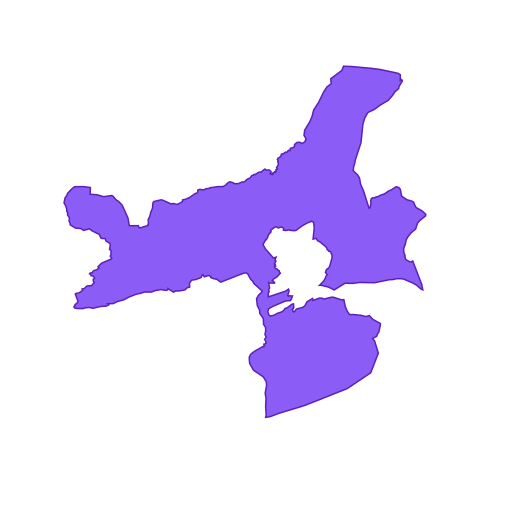 the district of Mbeya, Mbeya, United Republic of Tanzania, rotated 74°
{"feature_id": "72390352B82808491826054", "entity_name": "Mbeya", "entity_type": "district", "adm_level": 2, "iso_a3": "TZA", "parent_name": "United Republic of Tanzania", "parent_adm1": "Mbeya", "projection": "equal_earth", "projection_center": [33.409, -8.971], "detail": "fine", "context": "isolated", "style": "filled", "palette": "violet", "viewbox_px": 512, "rotation_deg": 74, "n_neighbors": 0, "source": "geoboundaries", "source_scale": "gbopen_adm2", "svg_char_len": 6141}
<svg xmlns="http://www.w3.org/2000/svg" viewBox="0 0 512 512"><g transform="rotate(74 256 256)"><path d="M191.6,134.4L175.9,123.8L158.5,116.8L153.6,113.6L149.6,109.7L148.8,108.5L147.8,102.0L145.3,95.3L142.8,85.9L139.4,80.7L136.5,77.2L134.4,72.7L132.6,71.9L128.1,67.0L126.5,67.4L127.0,68.9L121.6,67.3L119.7,68.9L118.1,71.7L110.9,85.3L107.4,93.4L100.0,112.4L97.7,119.6L101.3,122.4L106.2,135.3L111.1,136.2L113.0,141.2L116.5,145.3L125.8,153.7L131.5,160.3L137.2,163.6L141.6,167.1L148.4,174.5L153.3,176.6L157.6,175.5L158.2,176.6L159.7,177.3L160.5,181.1L158.8,182.4L158.2,184.5L158.3,185.7L159.4,188.2L161.6,189.0L162.0,190.4L162.0,193.4L164.0,194.1L163.4,195.2L163.5,196.1L164.8,197.1L164.3,198.7L164.6,200.3L165.4,201.3L165.0,202.8L165.2,203.7L166.7,204.3L167.7,206.1L167.8,207.5L169.1,208.9L170.2,208.5L171.5,209.2L171.8,208.8L174.5,209.4L176.8,212.0L178.3,211.4L178.7,213.2L180.4,213.6L180.9,214.2L180.1,215.0L180.7,215.8L181.0,217.4L182.2,217.2L182.3,218.0L180.7,219.9L179.9,218.5L178.8,218.3L176.9,219.6L176.2,222.6L175.2,223.0L174.9,223.8L176.6,227.7L176.3,230.6L177.4,234.2L177.5,235.0L177.0,235.3L177.6,236.6L177.5,237.9L179.2,239.9L180.0,244.1L181.6,246.6L181.0,249.2L181.6,253.0L181.3,254.1L180.4,257.1L179.5,257.5L177.5,260.4L177.6,261.9L178.6,264.4L179.1,264.5L180.2,268.5L178.8,273.4L177.7,281.6L178.0,283.1L177.5,285.7L178.0,287.5L177.8,288.8L176.4,291.8L176.6,293.8L178.4,294.4L179.2,295.2L179.2,297.3L181.6,304.2L181.6,306.0L182.1,307.2L181.8,311.1L183.4,311.6L184.7,316.8L184.4,318.2L182.8,320.9L182.4,323.4L176.3,330.7L175.8,332.0L175.5,339.3L176.6,340.5L181.5,342.3L185.2,345.3L188.4,347.0L191.4,349.7L195.5,350.5L195.8,351.2L196.9,351.5L197.0,359.0L196.6,360.6L194.4,360.7L192.0,369.4L184.1,368.6L170.3,370.6L165.5,373.1L163.3,375.1L159.2,376.9L158.1,377.9L157.0,386.0L153.3,391.9L150.9,398.4L144.5,396.3L141.7,402.8L139.4,411.2L140.7,414.5L143.9,420.0L145.4,420.9L147.6,423.6L152.0,425.9L155.5,425.1L159.1,425.1L161.0,425.6L162.3,425.0L164.5,425.9L167.9,424.8L170.8,426.1L172.9,425.7L174.9,426.0L179.4,421.9L181.3,416.9L183.9,414.6L184.0,408.5L186.6,406.7L191.9,400.8L196.1,400.0L196.8,399.1L197.6,396.2L200.2,396.1L203.5,393.1L205.2,393.0L209.4,395.0L210.4,393.9L211.2,393.9L215.2,395.2L215.9,396.2L218.5,395.3L219.1,396.7L220.3,406.4L222.8,410.9L224.4,410.3L225.3,413.1L225.3,415.5L225.9,417.1L226.9,417.8L226.7,420.3L227.2,420.9L228.1,420.1L229.5,419.9L230.6,417.9L232.7,417.3L233.1,417.4L233.4,418.8L235.2,419.3L236.9,419.0L239.1,422.2L238.2,426.8L240.0,430.2L239.7,432.2L241.2,432.2L242.0,434.2L242.7,436.8L242.3,439.1L242.7,440.2L250.6,439.6L252.0,441.1L252.8,443.4L253.7,443.6L254.5,445.0L255.9,444.8L257.1,442.7L258.9,436.8L258.7,434.4L259.6,430.2L261.3,427.3L261.7,419.4L262.9,413.8L262.4,411.0L261.0,411.7L262.4,406.5L261.6,401.7L261.7,395.2L260.5,389.6L259.7,381.9L260.1,376.9L259.9,373.1L261.8,366.5L261.5,362.4L262.1,356.5L264.3,351.9L264.2,350.1L263.0,349.6L268.0,345.3L267.5,342.7L268.4,339.8L269.0,333.5L267.6,331.0L267.6,328.3L263.7,327.4L261.5,324.5L262.0,320.6L261.7,315.6L261.5,314.6L259.4,313.0L259.5,312.2L261.8,311.4L261.6,307.2L263.1,305.2L264.2,305.4L265.9,303.4L267.6,300.1L271.4,297.1L269.1,272.6L269.4,270.6L270.0,269.5L271.3,268.8L277.1,267.5L279.4,266.1L281.5,265.8L291.3,259.8L292.5,260.7L294.4,264.4L297.1,267.2L304.0,268.4L309.0,267.5L312.4,268.2L318.2,266.2L323.7,267.6L327.3,266.5L330.6,267.3L333.8,269.0L336.8,268.6L338.5,270.7L340.3,270.2L342.4,270.4L343.0,270.9L342.9,272.8L345.0,272.9L345.3,273.7L344.9,274.3L347.0,283.1L348.8,287.9L351.2,290.3L353.7,291.0L357.5,291.7L365.1,289.9L374.2,282.3L379.6,280.8L383.3,281.5L390.4,285.0L395.6,285.6L403.2,288.2L411.5,290.0L413.8,291.2L414.3,286.4L413.5,276.6L413.1,250.3L408.6,204.9L399.9,177.9L383.1,165.2L370.3,165.4L367.4,166.6L366.5,162.2L364.4,160.7L363.0,158.9L356.3,155.3L355.2,155.1L349.0,161.2L344.5,163.5L344.5,167.1L342.2,170.9L338.9,179.0L338.5,181.1L337.7,182.4L334.4,183.5L329.0,184.1L322.1,183.6L321.6,186.1L317.0,192.9L316.4,194.6L316.1,202.7L315.0,203.7L313.9,206.5L314.5,213.5L312.4,213.3L314.0,219.5L317.4,222.8L317.9,224.2L318.3,225.5L318.1,231.0L318.5,232.3L320.1,234.4L319.9,235.5L317.3,235.8L316.9,234.6L315.8,233.8L312.3,233.1L312.3,235.0L314.4,240.3L314.5,242.7L315.9,244.3L316.8,246.5L317.0,251.3L317.9,255.1L317.6,258.7L316.5,259.8L312.9,260.0L310.3,258.5L309.1,254.0L307.4,240.3L308.3,235.2L307.2,233.9L304.5,232.0L303.4,234.8L303.8,235.4L302.8,236.4L298.6,233.8L296.8,233.9L297.9,237.0L298.7,255.4L295.2,254.4L293.6,253.1L291.6,253.1L290.6,251.8L285.0,251.2L285.7,250.3L287.2,245.7L286.4,245.5L286.5,246.4L284.7,246.4L284.1,247.0L282.9,245.5L281.9,241.6L279.2,237.3L278.0,237.9L276.7,237.7L275.9,238.7L274.5,239.2L273.2,240.8L271.2,241.1L271.1,239.8L269.0,239.9L269.1,240.4L268.7,240.5L266.4,238.2L265.3,238.9L262.6,237.1L262.9,239.7L252.0,244.9L247.0,246.1L242.9,242.1L243.2,241.8L241.6,239.9L239.0,238.1L236.9,234.8L235.3,234.9L233.4,229.6L233.5,228.4L235.2,226.9L235.1,223.8L236.1,222.4L237.1,221.9L238.8,222.5L239.8,220.0L239.9,217.0L240.6,216.4L242.0,213.0L242.5,210.7L239.6,202.8L238.3,197.2L238.0,192.8L239.5,191.4L245.1,192.3L255.5,196.5L255.6,193.4L258.4,192.5L260.3,190.5L266.1,186.5L268.6,185.6L269.8,185.8L270.7,184.6L271.5,184.7L272.4,183.1L276.5,182.8L278.9,183.5L286.3,188.1L287.7,189.7L288.3,191.9L290.9,193.8L293.4,192.7L294.9,194.6L296.3,195.3L298.9,198.1L301.7,203.0L302.0,201.7L305.9,194.8L310.2,190.2L306.7,177.9L309.0,170.5L310.0,163.7L314.4,149.3L315.5,134.8L316.5,130.1L316.5,127.3L317.8,122.9L318.8,120.6L325.0,112.9L328.4,109.6L333.3,106.5L334.5,105.0L329.2,104.5L304.0,106.7L304.4,108.6L303.9,109.9L301.1,112.6L299.7,113.2L296.4,112.6L292.9,112.9L289.4,111.9L285.8,109.2L281.8,107.1L279.3,104.6L276.4,100.4L274.1,95.1L268.9,91.7L267.0,88.6L264.2,82.0L262.8,81.3L258.4,83.9L254.0,88.3L252.5,89.1L247.7,89.6L246.4,90.8L243.5,95.4L238.6,99.5L231.6,98.9L229.6,99.8L228.0,102.1L229.7,107.6L230.1,110.8L231.7,115.4L231.8,119.2L232.6,122.5L232.3,124.3L232.7,126.2L232.2,128.1L232.6,129.2L234.2,130.5L236.5,130.8L241.0,133.0L241.1,134.2L222.6,134.7L215.9,135.7L209.7,135.0L206.2,135.9L200.9,139.0L197.4,137.7L193.6,135.2L191.6,134.4Z" fill="#8b5cf6" stroke="#5b21b6" stroke-width="1.5"/></g></svg>